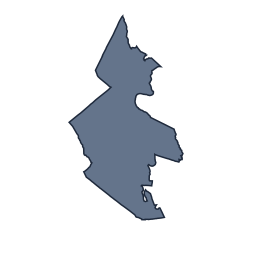 the district of Voineasa, Olt, Romania, rotated 54°
{"feature_id": "2599482B32059299735801", "entity_name": "Voineasa", "entity_type": "district", "adm_level": 2, "iso_a3": "ROU", "parent_name": "Romania", "parent_adm1": "Olt", "projection": "robinson", "projection_center": [24.151, 44.294], "detail": "fine", "context": "isolated", "style": "filled", "palette": "slate", "viewbox_px": 256, "rotation_deg": 54, "n_neighbors": 0, "source": "geoboundaries", "source_scale": "gbopen_adm2", "svg_char_len": 5742}
<svg xmlns="http://www.w3.org/2000/svg" viewBox="0 0 256 256"><g transform="rotate(54 128 128)"><path d="M137.4,189.5L143.3,190.6L147.7,189.2L150.4,188.6L151.5,188.2L152.9,187.9L156.7,186.9L157.8,186.6L158.1,186.3L158.5,186.4L160.2,186.0L161.6,185.5L170.8,182.9L173.0,182.4L175.8,181.5L177.7,181.0L180.1,180.2L184.8,178.9L186.3,178.5L188.8,177.6L195.7,175.4L201.6,173.7L202.7,173.5L204.5,173.8L205.4,173.3L206.1,172.6L206.5,172.2L207.8,171.5L209.8,170.4L210.3,170.7L212.3,168.0L212.0,167.8L213.8,165.3L214.0,165.3L215.2,163.1L216.1,161.7L216.6,160.7L216.8,160.4L217.4,159.1L217.9,158.5L218.3,157.4L218.5,157.2L219.9,154.7L220.2,154.2L221.7,151.1L216.6,150.1L211.5,149.2L211.0,149.7L211.0,150.1L211.0,150.3L211.3,151.2L211.3,151.4L211.0,151.8L210.1,152.8L208.4,153.0L207.6,151.8L207.3,151.2L206.9,150.2L205.9,152.0L201.1,150.7L199.6,150.3L199.0,150.1L197.8,149.5L194.2,148.4L193.8,148.6L190.8,149.5L190.5,149.8L190.0,150.1L189.7,150.1L189.2,150.1L188.5,150.1L188.3,150.1L188.6,150.9L189.1,151.9L189.6,152.6L190.4,153.3L191.3,153.8L192.2,154.1L193.4,154.4L195.2,154.3L196.2,154.9L198.3,155.3L198.1,155.8L197.9,156.8L197.7,157.2L196.9,157.7L196.3,157.9L196.2,157.8L195.9,157.7L195.0,157.5L193.1,156.3L191.5,155.4L190.6,155.2L189.6,155.0L188.1,154.4L187.8,154.2L187.6,153.1L187.4,152.5L187.5,152.4L186.9,151.9L186.2,151.5L184.7,151.0L183.3,150.8L183.0,150.9L182.6,151.2L182.4,150.7L182.5,150.3L184.2,148.4L184.7,147.5L185.9,146.0L186.2,145.6L188.7,142.8L188.0,142.2L186.3,140.4L185.1,139.4L183.4,141.6L183.2,141.6L182.0,141.1L180.8,140.1L179.4,139.1L178.8,138.4L178.7,138.2L178.6,137.7L178.4,137.3L178.0,137.1L177.1,136.9L176.7,136.7L176.6,136.3L176.5,136.0L176.1,135.7L175.7,135.4L174.7,135.0L173.4,134.6L170.2,134.0L170.0,133.9L169.9,133.6L169.8,132.7L171.3,132.3L171.8,132.0L172.6,131.4L173.3,130.5L173.5,130.0L173.6,129.0L173.6,128.0L173.5,127.4L173.0,126.7L172.4,125.9L172.0,125.7L170.6,125.3L169.7,124.7L169.2,124.6L165.1,121.8L165.6,121.6L168.6,119.6L175.8,114.2L176.4,113.7L176.9,113.2L177.3,113.0L179.3,111.6L179.7,111.4L181.3,110.0L182.2,109.6L183.2,108.8L183.8,108.1L184.5,107.6L185.3,107.0L185.4,106.7L185.2,106.6L185.1,106.3L185.0,106.0L183.6,105.3L183.4,105.2L184.0,104.7L184.4,104.7L184.8,104.6L184.8,103.3L184.9,103.1L185.3,102.9L185.2,102.6L184.8,102.2L183.8,102.0L183.5,102.1L183.3,102.0L183.6,101.9L183.6,101.6L183.1,101.4L182.7,101.3L182.2,101.3L181.5,101.5L181.5,101.3L181.6,101.2L181.7,100.9L182.0,100.6L182.0,100.4L181.9,100.2L181.6,100.1L181.3,99.1L181.0,98.6L180.4,98.5L179.6,98.6L178.8,98.4L177.6,97.7L177.2,97.8L176.4,98.3L176.0,98.2L175.4,97.6L175.1,97.5L174.5,97.8L173.8,97.9L173.4,97.7L172.8,97.3L172.3,97.0L170.1,96.9L169.9,96.8L169.4,96.3L168.9,96.2L168.3,96.3L167.8,95.8L167.6,95.8L165.6,95.9L165.0,96.0L164.7,96.0L164.5,95.9L164.0,95.6L163.6,95.0L162.9,94.9L162.6,94.8L162.0,94.2L161.8,93.2L161.2,92.8L160.4,92.6L159.8,92.7L159.1,92.3L158.1,92.2L156.9,91.7L156.5,91.7L156.1,91.4L133.0,103.4L132.7,103.6L131.8,103.2L130.5,103.2L129.7,103.6L129.0,103.5L128.4,103.7L127.7,103.7L126.9,103.8L125.5,104.4L124.8,104.9L124.5,105.4L124.4,105.4L123.8,105.6L123.2,105.7L122.5,106.1L122.0,106.2L121.2,106.9L120.8,107.2L120.6,107.3L119.9,107.4L119.3,107.5L119.1,107.9L119.0,108.0L118.4,108.0L117.8,107.8L117.6,107.9L116.9,108.4L115.8,108.2L115.0,108.3L114.3,108.2L113.8,107.9L112.9,107.8L112.3,107.6L111.8,107.3L111.0,107.0L110.0,106.1L109.6,105.8L109.2,105.2L108.4,104.6L107.6,103.5L107.0,103.1L106.8,102.8L106.8,102.2L106.4,101.5L106.2,101.2L106.2,100.9L106.4,100.0L106.9,98.5L107.7,97.4L108.5,96.7L110.2,95.3L110.4,94.9L111.0,94.4L111.7,93.4L112.8,92.8L114.4,91.4L114.6,91.2L115.3,89.3L115.3,87.9L114.9,87.2L114.7,87.0L113.6,86.1L113.3,86.0L113.1,86.0L112.7,86.4L112.5,86.5L110.4,86.3L109.6,85.8L108.8,85.4L108.0,85.1L107.5,84.9L104.7,84.6L104.2,84.4L104.1,84.2L104.2,83.8L104.1,83.4L103.5,82.7L103.3,82.0L102.7,80.7L102.3,80.4L101.4,79.9L99.7,79.6L99.3,79.3L98.8,79.0L98.7,78.7L98.5,78.1L98.4,77.3L97.9,76.4L97.6,76.1L96.8,76.0L96.0,75.2L95.6,74.9L95.9,73.9L95.8,72.0L95.9,70.3L95.9,69.2L95.9,68.2L96.0,67.8L96.8,66.3L97.6,65.4L85.2,67.9L84.6,69.0L84.2,69.5L83.8,69.7L83.5,70.1L83.7,71.3L83.3,71.9L83.2,72.1L83.1,72.4L83.0,73.2L83.0,74.1L83.3,74.4L83.5,74.8L82.6,75.1L82.4,74.8L81.8,74.5L81.3,74.8L80.9,74.3L79.8,72.4L79.8,72.1L79.7,71.5L80.0,71.3L79.9,70.2L79.0,70.8L78.4,70.2L76.2,71.5L75.2,71.9L73.7,72.9L69.2,73.1L66.9,73.0L67.2,73.6L67.5,74.1L67.5,74.5L67.3,74.9L67.3,75.3L65.4,77.3L65.5,78.5L65.9,78.7L65.7,78.9L64.0,78.8L63.7,78.9L62.0,78.3L61.7,78.1L61.0,78.2L60.3,78.0L59.8,78.0L59.0,77.7L58.4,77.2L58.2,77.2L57.7,76.7L57.1,76.4L56.8,76.3L56.7,76.0L56.5,75.9L55.9,75.8L55.3,75.6L55.1,75.7L53.2,75.6L51.8,74.2L50.9,73.6L50.2,72.6L49.2,71.6L48.9,71.5L47.4,71.2L46.4,70.5L45.7,69.8L45.2,69.5L43.8,69.1L43.5,68.9L42.8,68.9L42.0,68.5L41.3,68.4L39.7,68.4L39.5,68.2L38.7,68.1L38.2,67.4L37.9,67.3L36.3,67.0L35.4,66.9L34.6,66.7L34.3,66.5L34.5,67.6L36.3,71.6L37.2,73.4L37.8,74.4L39.5,77.3L39.7,77.6L40.9,80.0L43.8,85.1L50.2,98.2L50.8,99.0L54.0,105.4L54.9,106.8L55.0,106.7L59.6,115.5L62.2,120.4L66.4,121.5L67.4,121.9L69.0,122.0L71.7,121.5L80.4,119.2L83.5,118.6L84.6,118.0L85.0,117.8L85.5,121.3L85.7,124.4L86.1,133.8L86.3,137.7L86.8,141.8L86.8,144.0L87.2,147.0L88.1,157.9L88.1,160.4L88.6,169.3L88.8,172.3L94.1,171.8L102.7,172.7L104.2,172.6L105.0,172.7L106.0,173.3L106.6,173.8L107.4,174.1L108.5,173.9L109.6,174.3L110.5,174.2L111.6,174.7L112.8,174.9L114.0,174.9L115.0,174.7L115.6,175.1L116.0,175.4L117.0,175.7L117.6,175.8L118.1,175.6L122.8,178.8L124.0,179.1L124.9,178.8L125.1,178.1L127.3,178.0L127.8,177.5L129.3,177.2L130.5,177.5L133.2,177.7L133.8,178.1L134.9,177.7L135.9,179.9L137.0,181.7L137.0,182.0L136.9,182.3L137.0,183.0L137.4,184.9L137.6,188.6L137.4,189.5Z" fill="#64748b" stroke="#1e293b" stroke-width="1.5"/></g></svg>